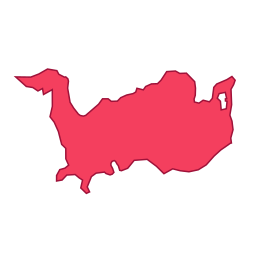 Bekabad, Tashkent, Uzbekistan (Robinson projection), rotated 267°
{"feature_id": "79887680B93724335665185", "entity_name": "Bekabad", "entity_type": "district", "adm_level": 2, "iso_a3": "UZB", "parent_name": "Uzbekistan", "parent_adm1": "Tashkent", "projection": "robinson", "projection_center": [69.201, 40.442], "detail": "fine", "context": "isolated", "style": "filled", "palette": "rose", "viewbox_px": 256, "rotation_deg": 267, "n_neighbors": 0, "source": "geoboundaries", "source_scale": "gbopen_adm2", "svg_char_len": 1628}
<svg xmlns="http://www.w3.org/2000/svg" viewBox="0 0 256 256"><g transform="rotate(267 128 128)"><path d="M107.6,230.5L112.6,230.1L120.8,232.8L129.4,232.2L135.5,230.4L145.8,232.7L161.3,232.9L165.7,235.7L170.1,237.5L174.0,234.5L171.1,229.2L167.3,218.9L164.1,215.8L153.2,213.8L149.9,210.7L151.8,204.5L149.1,200.2L150.5,195.7L153.4,195.5L157.1,196.9L164.3,197.5L170.8,197.0L179.7,189.2L179.8,182.5L182.4,178.4L182.3,169.6L174.0,163.5L170.7,159.8L170.8,153.7L168.5,147.8L165.3,145.3L167.2,139.0L163.5,137.6L162.1,134.9L161.0,128.4L158.7,122.4L155.4,118.8L155.5,112.7L158.2,109.7L158.5,104.1L153.3,99.9L142.8,86.4L142.2,84.0L143.0,81.0L144.4,79.2L150.7,74.8L156.7,71.5L171.0,69.8L177.9,71.0L180.3,70.5L182.3,68.5L182.1,67.2L185.3,61.7L189.0,60.0L191.1,50.7L186.6,41.8L183.9,33.5L184.9,18.5L174.8,28.6L173.4,35.1L169.7,40.0L171.9,44.7L165.9,45.4L170.3,54.4L153.6,53.6L143.3,50.7L137.7,54.6L128.1,58.3L115.1,60.9L110.9,64.8L100.5,64.3L94.0,66.8L91.2,62.9L90.0,57.7L84.3,54.2L78.8,53.9L79.5,59.5L84.2,64.4L84.3,72.8L80.7,76.7L78.4,79.9L70.6,77.7L64.9,83.0L66.2,86.3L71.3,84.2L77.1,86.9L81.4,88.9L84.6,93.8L85.2,102.2L83.7,103.6L82.1,107.6L82.7,109.8L84.4,111.6L87.7,110.7L88.4,110.5L91.6,109.0L93.6,109.1L95.5,110.3L96.2,112.5L95.3,113.8L92.3,115.3L91.0,116.3L86.2,117.5L85.7,119.2L87.8,125.6L95.4,132.5L95.7,145.5L88.3,154.4L80.5,161.5L84.9,170.5L82.6,177.9L81.1,186.6L82.6,196.0L87.1,204.2L95.5,212.5L101.1,219.3L107.4,229.4L107.6,230.5ZM157.6,220.8L158.5,227.0L152.1,228.1L152.0,226.8L149.9,226.7L149.5,228.3L142.1,227.2L141.2,222.0L149.9,221.7L153.1,218.7L157.6,220.8Z" fill="#f43f5e" stroke="#9f1239" stroke-width="1.5"/></g></svg>